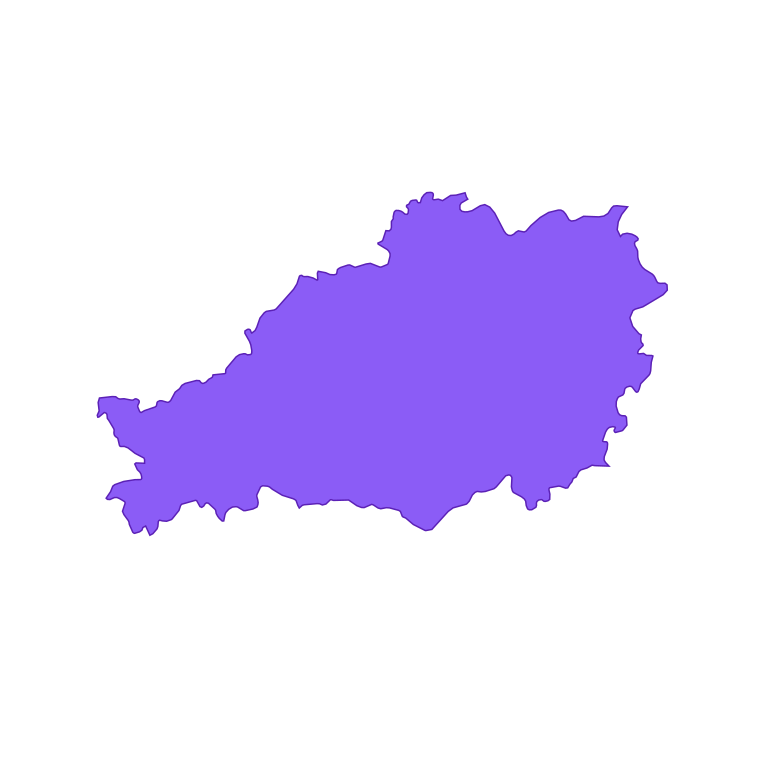 outline of Kursk, rotated 161°
{"feature_id": "RUS-2362", "entity_name": "Kursk", "entity_type": "Region", "adm_level": 1, "iso_a3": "RUS", "parent_name": "Russia", "parent_adm1": "", "projection": "albers", "projection_center": [36.333, 51.669], "detail": "fine", "context": "isolated", "style": "filled", "palette": "violet", "viewbox_px": 768, "rotation_deg": 161, "n_neighbors": 0, "source": "natural_earth", "source_scale": "10m", "svg_char_len": 6156}
<svg xmlns="http://www.w3.org/2000/svg" viewBox="0 0 768 768"><g transform="rotate(161 384 384)"><path d="M122.1,373.0L124.7,372.4L130.0,366.5L130.1,357.5L126.6,348.6L124.7,346.6L126.6,343.1L127.2,340.2L126.9,338.7L126.2,337.4L126.5,336.0L132.2,333.2L133.7,331.5L134.0,330.2L132.9,329.4L128.6,328.4L126.5,325.6L121.6,323.8L120.6,322.9L124.2,317.5L127.6,309.6L129.2,307.2L130.6,306.1L141.2,300.7L144.3,296.2L146.3,294.1L147.6,293.9L148.5,294.8L150.2,299.9L150.9,301.1L152.4,301.9L155.1,302.1L157.2,301.5L158.0,300.8L160.1,297.1L161.7,295.9L166.6,295.4L168.2,294.1L170.1,291.7L171.7,287.5L172.0,280.6L171.2,278.2L169.6,276.7L166.4,275.4L165.6,273.7L167.7,266.0L173.1,262.6L174.2,262.3L180.9,262.8L181.4,263.3L181.7,264.7L181.4,265.5L179.5,267.2L179.6,268.0L181.5,269.2L184.9,269.6L186.3,269.2L187.6,268.6L190.1,266.5L195.8,259.2L195.8,258.6L194.9,257.9L192.3,256.8L191.9,255.9L192.1,254.5L194.2,249.8L199.3,243.7L200.4,241.3L200.6,240.1L200.1,237.7L198.0,233.1L211.3,238.2L213.7,239.5L219.3,238.5L225.7,238.7L228.2,237.8L232.6,233.5L235.8,233.1L238.3,230.2L240.9,228.7L244.1,226.0L246.2,226.4L250.6,229.9L252.1,230.6L261.2,232.0L261.9,231.5L262.5,230.3L263.0,225.9L264.9,220.9L267.0,220.2L269.8,220.5L271.0,221.1L272.3,223.1L272.9,223.5L275.6,223.9L277.7,223.1L278.7,221.7L279.3,219.6L280.5,218.0L285.2,217.0L287.5,217.7L288.6,218.7L288.9,219.5L289.1,222.7L288.2,227.0L288.7,229.5L290.7,232.6L296.8,239.2L297.2,240.1L297.4,241.4L297.0,245.3L293.6,253.6L293.6,254.6L294.2,256.5L295.6,257.4L298.8,257.6L311.3,250.2L314.0,249.2L323.2,249.4L327.2,250.3L330.9,252.1L333.2,251.9L336.6,250.3L341.5,245.5L344.4,243.9L345.4,243.6L359.0,244.4L364.8,242.6L386.1,230.9L392.2,231.8L393.0,232.3L402.0,241.6L407.1,250.2L409.3,252.1L409.8,253.0L410.0,258.2L411.2,259.7L419.2,265.1L422.1,266.3L427.7,267.1L430.0,268.7L433.5,273.2L434.8,274.2L443.0,273.6L445.5,274.6L449.3,277.8L455.2,285.8L469.7,290.4L471.6,291.8L472.4,292.0L478.0,289.4L481.7,289.7L484.0,291.8L486.3,292.7L498.8,295.8L500.7,295.9L504.5,294.3L505.0,297.3L505.1,302.5L505.8,303.6L507.1,305.0L516.4,311.9L523.9,320.9L525.8,324.0L527.4,325.3L531.9,327.3L534.2,326.9L540.4,320.5L540.9,319.0L541.1,315.6L541.6,312.9L542.4,311.2L543.7,309.5L544.3,309.0L548.6,308.5L556.4,309.4L557.9,309.9L562.5,315.4L563.9,316.2L567.4,317.0L571.6,316.1L575.4,314.0L576.9,312.2L580.1,306.7L581.6,307.1L583.5,310.6L584.3,313.1L584.8,316.1L584.3,319.5L584.7,320.8L588.8,328.4L590.5,329.4L592.1,329.0L594.2,327.3L596.5,326.7L597.9,328.0L599.1,334.7L600.1,335.4L614.4,336.2L615.9,335.3L619.0,331.2L628.2,325.4L629.4,325.0L634.2,325.0L638.1,326.7L640.5,328.3L641.3,328.1L642.2,327.4L644.2,322.9L645.8,320.9L651.3,317.7L654.6,317.2L655.6,327.3L658.7,326.8L660.5,324.6L663.3,323.8L668.4,324.0L669.2,324.6L669.8,325.7L670.5,334.1L670.1,336.4L670.2,338.0L672.4,345.1L672.7,348.8L667.7,355.4L667.4,356.2L667.6,357.3L671.5,361.9L673.4,363.6L675.9,364.4L680.8,364.0L683.1,365.0L683.9,366.5L677.6,371.2L673.7,375.7L671.3,376.5L661.8,376.6L650.6,374.6L645.4,372.9L644.5,373.0L643.8,373.6L643.3,375.6L643.1,377.9L643.5,380.1L645.1,383.3L645.7,389.5L644.2,390.1L636.2,387.0L635.0,390.4L635.1,392.2L641.9,399.4L646.8,406.9L649.8,409.5L653.2,410.6L653.9,411.2L654.1,412.3L653.4,418.9L653.5,419.7L655.1,421.9L655.6,423.8L655.3,425.7L654.1,428.4L654.1,429.9L656.1,439.4L656.8,441.5L655.8,445.6L656.4,447.1L657.8,448.1L664.4,445.6L665.4,445.8L665.3,447.8L662.1,451.3L660.3,459.6L657.6,463.4L645.1,460.6L641.8,459.3L640.3,457.0L638.7,455.8L634.6,454.7L628.1,451.0L626.5,450.5L624.1,451.0L622.8,450.4L621.4,448.8L621.0,447.5L621.6,446.1L623.6,444.1L624.3,442.7L624.0,437.6L623.4,436.4L622.8,436.1L619.2,436.8L607.8,436.8L606.3,437.4L604.5,440.5L603.6,441.0L601.4,441.2L599.4,440.4L594.8,437.2L593.7,436.9L592.3,437.3L591.0,437.9L584.1,444.3L578.8,446.1L575.6,448.5L571.9,449.3L560.2,448.4L557.4,447.2L556.5,444.7L555.3,443.6L554.3,443.4L551.7,443.7L548.2,445.5L544.7,446.1L544.0,446.4L542.7,448.3L531.1,445.6L530.2,445.9L529.0,448.9L527.5,450.3L515.0,457.8L511.1,458.8L506.8,458.3L505.3,457.7L503.6,456.0L500.6,455.3L499.6,455.7L499.0,456.4L498.1,458.7L497.2,464.4L497.3,468.1L499.0,477.3L498.2,479.4L495.3,480.1L493.9,479.8L492.9,478.8L492.7,475.7L492.4,475.2L488.5,476.5L485.8,479.1L479.8,486.7L474.1,490.3L471.7,491.0L463.7,489.7L461.5,490.1L438.6,503.0L433.7,507.0L428.9,513.4L428.0,513.8L426.4,513.5L425.7,512.3L424.5,511.5L421.0,510.4L416.5,507.3L413.5,504.0L412.7,504.2L410.9,510.5L409.5,512.0L402.9,508.2L399.5,505.1L395.7,503.5L393.4,503.4L392.8,503.8L390.8,507.3L389.4,507.9L387.1,508.3L379.3,508.2L377.6,507.7L373.4,503.7L361.9,503.3L357.6,502.5L349.7,495.8L348.3,495.5L341.9,495.9L340.9,496.4L336.6,503.0L335.8,505.4L336.3,508.3L337.2,510.1L344.0,518.2L343.9,519.2L339.5,519.7L338.3,520.4L332.3,528.4L329.2,527.1L327.1,528.0L326.0,529.7L324.1,535.2L321.4,537.3L320.9,539.1L318.7,542.8L317.8,543.7L316.1,544.2L313.7,543.3L311.8,542.0L310.4,540.4L308.9,537.8L306.9,536.9L305.6,537.7L304.1,540.8L304.1,542.2L305.0,544.2L304.7,545.2L304.1,545.7L302.0,545.9L299.4,548.2L297.5,548.4L293.9,547.6L293.3,547.1L293.0,544.8L292.6,544.2L290.6,543.7L287.7,547.7L284.5,549.9L281.3,551.0L277.8,550.1L276.3,549.3L275.6,548.2L275.8,546.6L277.8,543.2L277.5,542.5L276.8,541.9L272.5,541.1L268.9,538.3L259.6,540.6L254.3,539.1L245.1,538.4L245.2,533.9L244.6,531.5L252.1,530.0L254.1,528.2L255.3,524.4L254.2,522.0L251.7,520.5L249.0,519.6L244.3,519.2L234.9,521.2L230.3,520.8L226.4,516.8L223.7,509.6L220.7,489.5L219.7,486.3L218.0,484.1L215.4,483.0L212.5,483.4L209.8,484.6L207.1,485.1L202.0,482.1L199.9,482.3L193.4,486.0L182.1,490.6L172.5,492.6L162.5,491.7L160.1,490.8L158.2,488.8L156.9,485.5L155.6,479.0L153.7,477.0L149.6,476.3L140.7,477.6L126.5,472.1L121.5,471.2L116.7,472.3L111.4,476.4L109.0,477.5L105.7,476.7L96.0,472.2L104.1,466.9L109.7,461.1L113.3,453.9L112.4,446.5L109.6,448.0L105.1,447.4L100.9,445.0L98.2,442.3L96.9,440.4L96.4,438.6L97.2,437.4L100.2,436.8L101.3,435.6L101.7,433.3L101.0,429.5L100.9,427.2L102.7,421.3L103.0,419.0L102.8,414.2L101.8,410.4L100.1,407.3L94.6,400.6L93.7,398.8L93.2,396.8L92.7,392.3L92.2,390.6L90.3,389.3L85.5,387.8L84.1,385.6L85.6,380.5L90.9,377.6L114.1,372.7L122.1,373.0Z" fill="#8b5cf6" stroke="#5b21b6" stroke-width="1.5"/></g></svg>